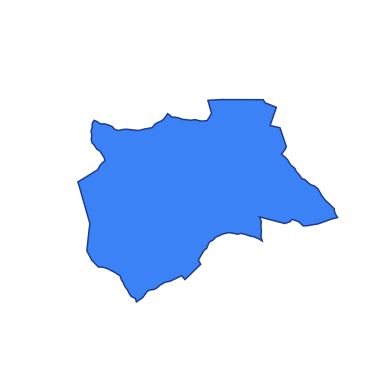 Guairaçá, Paraná, Brazil (Mercator projection), rotated 136°
{"feature_id": "56859067B94709735368229", "entity_name": "Guairaçá", "entity_type": "district", "adm_level": 2, "iso_a3": "BRA", "parent_name": "Brazil", "parent_adm1": "Paraná", "projection": "mercator", "projection_center": [-52.742, -22.92], "detail": "fine", "context": "isolated", "style": "filled", "palette": "blue", "viewbox_px": 384, "rotation_deg": 136, "n_neighbors": 0, "source": "geoboundaries", "source_scale": "gbopen_adm2", "svg_char_len": 1890}
<svg xmlns="http://www.w3.org/2000/svg" viewBox="0 0 384 384"><g transform="rotate(136 192 192)"><path d="M212.6,311.5L215.0,311.1L217.2,309.7L219.6,307.3L222.1,306.2L224.7,302.4L228.3,299.4L229.8,296.7L229.7,293.9L230.7,289.1L229.8,285.4L231.3,277.8L232.8,275.1L235.8,275.2L239.1,275.1L244.5,273.5L267.1,278.5L268.9,274.9L287.3,240.3L291.2,237.2L294.8,234.2L308.5,222.7L311.5,212.6L311.4,203.0L308.4,199.9L306.0,195.5L303.4,187.9L302.0,181.7L303.8,177.8L304.5,174.2L305.8,171.2L306.4,166.8L307.9,161.7L308.2,158.7L306.7,154.7L308.3,151.6L305.4,151.0L300.8,150.3L293.5,151.6L290.7,151.0L287.8,148.8L284.7,147.5L278.7,147.1L274.0,145.7L269.4,142.9L257.6,139.0L257.9,133.9L235.9,134.0L234.9,138.4L229.1,140.3L223.3,141.7L220.9,141.2L216.2,143.3L213.6,143.8L210.0,142.8L207.4,143.0L205.1,142.7L202.7,141.6L199.6,140.7L195.0,138.1L192.9,136.3L190.2,132.5L188.5,130.0L185.5,128.2L183.3,124.8L180.6,119.7L178.5,116.7L176.6,112.1L175.5,108.0L173.5,111.9L168.5,116.3L167.0,118.7L162.4,122.9L160.8,127.3L147.1,104.8L142.2,102.6L138.9,102.8L135.8,96.2L135.6,90.5L132.8,87.9L123.5,81.5L110.4,75.6L105.0,72.5L104.0,77.1L102.8,79.3L101.3,81.2L101.5,86.7L101.8,94.4L101.0,99.8L99.2,107.0L99.9,111.7L101.5,114.5L101.9,117.2L102.2,122.4L103.7,125.6L102.9,130.0L102.8,134.1L101.7,137.4L102.2,143.3L100.9,148.5L100.8,152.5L101.4,157.0L94.9,158.1L92.6,159.2L84.1,177.1L89.6,185.6L72.5,194.3L77.5,205.5L76.6,208.9L107.1,238.5L116.9,246.9L123.3,235.0L127.8,233.7L131.6,232.9L135.7,236.1L137.9,239.3L139.4,241.8L143.2,244.6L146.0,248.1L148.2,250.7L150.2,254.7L152.0,257.3L154.5,259.7L154.6,262.3L155.1,265.3L159.5,264.3L162.5,264.1L165.1,264.5L169.3,266.1L171.7,266.5L176.0,266.0L180.8,269.2L183.2,270.8L186.6,272.5L189.1,274.9L195.0,282.1L197.3,284.3L202.2,287.4L204.2,290.9L203.9,294.1L205.4,298.1L207.7,301.9L210.5,304.6L211.5,309.0L212.6,311.5Z" fill="#3b82f6" stroke="#1e3a8a" stroke-width="1.5"/></g></svg>